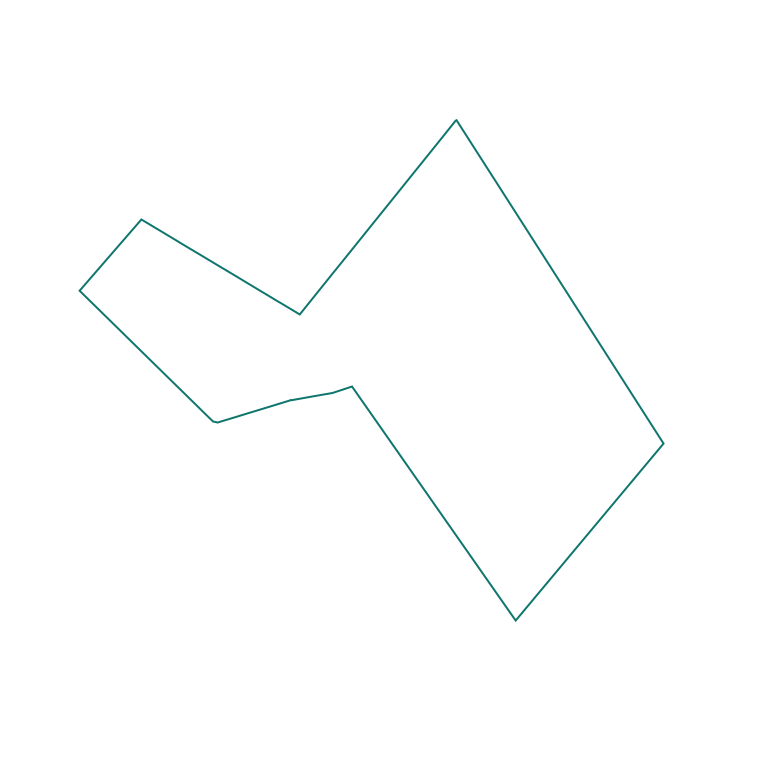 Bindura Urban, Mashonaland Central, Zimbabwe, rotated 147°
{"feature_id": "62879985B95649455057602", "entity_name": "Bindura Urban", "entity_type": "district", "adm_level": 2, "iso_a3": "ZWE", "parent_name": "Zimbabwe", "parent_adm1": "Mashonaland Central", "projection": "orthographic", "projection_center": [31.346, -17.309], "detail": "fine", "context": "isolated", "style": "outline", "palette": "teal", "viewbox_px": 768, "rotation_deg": 147, "n_neighbors": 0, "source": "geoboundaries", "source_scale": "gbopen_adm2", "svg_char_len": 526}
<svg xmlns="http://www.w3.org/2000/svg" viewBox="0 0 768 768"><g transform="rotate(147 384 384)"><path d="M180.2,452.9L179.5,565.7L180.6,565.8L201.4,558.9L358.3,507.4L366.4,504.8L399.8,493.8L416.8,488.2L427.1,509.3L427.4,509.8L452.5,561.3L478.1,613.5L478.5,614.4L497.9,654.1L588.5,628.0L561.5,506.8L553.5,471.1L550.4,457.0L547.8,445.7L544.5,442.3L472.1,421.5L471.0,421.4L470.7,420.9L451.7,412.9L432.0,404.5L412.2,399.3L402.4,113.9L182.0,181.8L181.0,335.2L180.2,452.9Z" fill="none" stroke="#0f766e" stroke-width="2"/></g></svg>